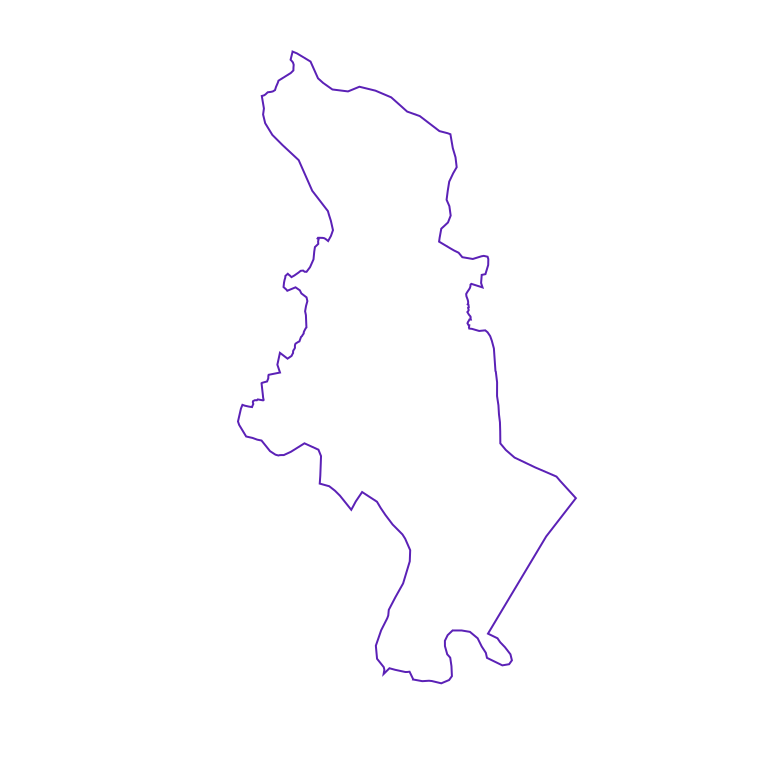 outline of Zuru, Kebbi, Nigeria, rotated 296°
{"feature_id": "59680162B28239494939120", "entity_name": "Zuru", "entity_type": "district", "adm_level": 2, "iso_a3": "NGA", "parent_name": "Nigeria", "parent_adm1": "Kebbi", "projection": "albers", "projection_center": [5.264, 11.439], "detail": "fine", "context": "isolated", "style": "outline", "palette": "violet", "viewbox_px": 768, "rotation_deg": 296, "n_neighbors": 0, "source": "geoboundaries", "source_scale": "gbopen_adm2", "svg_char_len": 4042}
<svg xmlns="http://www.w3.org/2000/svg" viewBox="0 0 768 768"><g transform="rotate(296 384 384)"><path d="M543.8,421.3L542.9,417.5L541.5,415.6L535.3,409.0L532.3,398.8L534.7,393.5L534.7,388.5L535.0,384.2L536.1,371.1L539.8,369.9L548.7,367.4L557.2,370.7L564.6,370.1L572.5,364.8L577.0,359.5L585.6,356.6L594.5,353.9L603.8,353.8L610.7,354.3L619.1,348.9L626.2,342.4L637.6,334.2L637.3,331.3L635.6,322.9L640.5,298.7L639.0,285.4L644.8,264.8L643.9,247.7L640.4,231.6L631.2,223.4L626.1,208.5L627.9,197.4L629.8,190.7L641.6,176.6L643.0,160.8L642.7,156.1L642.4,156.2L638.2,157.1L634.5,157.9L634.1,159.0L633.1,161.2L632.9,161.4L631.3,162.9L629.0,163.8L626.1,165.1L622.7,163.9L610.4,156.2L608.2,156.5L603.7,156.7L600.4,157.2L598.2,155.8L597.0,154.3L595.2,151.6L592.3,150.5L590.8,149.6L589.3,147.9L579.0,155.3L573.2,157.2L566.3,162.9L558.9,174.5L554.2,188.2L547.8,209.2L526.2,234.8L514.8,257.8L511.8,260.5L507.4,264.7L499.9,270.7L493.8,271.4L488.0,271.1L488.3,269.9L488.8,267.5L488.8,266.1L488.3,264.5L486.5,260.6L485.6,260.5L485.4,261.8L483.4,262.2L481.1,263.5L476.8,261.9L472.6,263.2L465.1,266.0L456.6,266.3L450.9,265.2L450.1,263.4L450.5,261.6L449.2,259.5L446.8,258.4L442.3,255.9L439.5,254.0L440.3,251.6L440.5,250.4L440.9,249.2L437.9,248.0L436.1,248.7L434.0,249.0L431.3,249.7L427.1,251.2L426.5,253.3L426.0,255.0L425.4,256.2L432.1,262.1L431.3,267.3L429.2,270.0L427.9,276.4L424.9,278.8L420.0,279.7L414.8,281.2L411.7,283.6L402.8,288.4L400.8,289.5L399.9,289.2L397.0,289.1L395.3,289.2L394.1,289.7L392.8,289.4L391.2,289.3L389.8,288.8L385.2,289.3L384.1,288.4L381.5,286.8L380.6,286.8L379.5,287.1L378.4,287.6L377.5,288.1L376.5,288.1L375.5,288.0L374.3,287.8L372.9,288.2L372.0,288.7L370.8,288.6L368.7,288.6L364.5,286.2L366.4,276.8L354.6,279.7L348.7,285.5L341.7,276.3L340.6,276.5L338.4,277.5L335.0,277.8L333.3,275.8L331.6,273.9L331.0,273.6L320.3,280.4L319.3,281.0L318.7,281.4L317.9,282.0L316.9,282.8L316.3,282.5L314.8,277.3L313.6,276.8L313.4,276.2L312.7,274.9L311.1,273.8L310.1,274.1L308.7,275.3L307.5,275.3L305.4,275.5L304.9,273.9L304.4,272.2L303.5,268.4L303.2,265.9L299.2,266.2L286.3,269.2L283.7,271.8L276.4,283.1L277.9,289.5L278.4,294.4L279.5,298.7L273.7,311.0L272.9,317.4L273.2,319.1L273.5,320.5L274.4,321.5L276.2,325.1L282.2,330.0L295.8,338.5L296.2,353.9L291.6,359.0L284.4,362.2L273.5,367.0L268.8,368.9L266.3,369.9L268.1,379.6L266.6,386.7L264.3,393.4L256.6,409.7L260.4,409.9L266.0,410.1L277.3,411.7L275.1,429.3L271.1,435.4L267.0,442.5L261.5,453.3L256.9,466.5L254.2,470.9L254.1,471.0L246.1,480.4L235.9,484.9L213.1,488.6L197.3,487.7L183.1,487.3L177.8,489.3L174.9,489.6L161.4,489.4L145.2,491.4L134.0,498.2L129.4,507.9L127.3,509.6L123.2,510.8L130.9,513.5L132.0,519.3L134.5,529.5L135.4,531.2L136.6,533.1L135.9,534.0L131.3,539.8L131.2,539.8L131.3,540.1L133.7,548.7L137.0,554.5L138.0,557.2L140.1,566.7L146.5,572.3L151.2,573.1L160.0,568.3L166.9,563.6L167.1,563.4L168.4,560.3L168.7,559.4L175.1,553.7L179.9,551.3L186.2,551.3L192.6,553.7L192.7,554.0L196.5,561.8L198.9,569.9L196.5,579.7L196.0,580.3L190.9,586.9L187.0,593.4L183.0,596.6L183.0,597.3L183.0,605.6L183.0,613.7L187.0,619.3L191.7,620.1L196.4,616.2L196.5,616.1L200.5,608.0L202.8,601.7L204.6,598.5L205.2,597.5L205.2,595.7L205.2,592.6L205.2,588.1L205.2,586.9L318.1,596.6L365.5,606.5L374.2,584.6L376.4,579.6L375.3,556.4L375.1,533.6L378.1,522.4L381.6,514.6L392.4,509.2L400.4,505.0L407.2,500.6L415.0,496.2L422.7,490.9L435.1,484.9L444.1,479.1L444.5,478.5L464.1,467.2L470.1,462.0L473.6,458.4L475.9,454.4L476.6,451.5L474.9,448.7L473.4,446.3L472.1,438.8L471.2,436.3L472.3,435.4L473.0,435.3L474.2,434.9L474.0,434.1L475.2,432.4L476.7,432.3L478.0,432.5L479.4,432.5L480.0,433.8L480.6,433.3L481.3,432.7L482.1,432.6L482.7,431.9L483.5,430.0L485.2,427.4L486.5,427.7L487.6,427.7L489.3,426.2L490.0,426.6L490.7,426.2L492.3,425.1L492.3,424.3L493.6,424.2L495.2,423.3L496.4,422.3L497.3,421.4L499.0,419.6L500.9,418.4L502.8,418.5L504.4,418.7L506.4,419.0L508.0,419.1L509.9,418.8L511.2,418.2L512.3,418.6L514.0,430.2L517.3,427.0L524.9,424.0L527.2,427.0L536.6,425.5L542.0,423.0L543.8,421.3Z" fill="none" stroke="#5b21b6" stroke-width="2"/></g></svg>